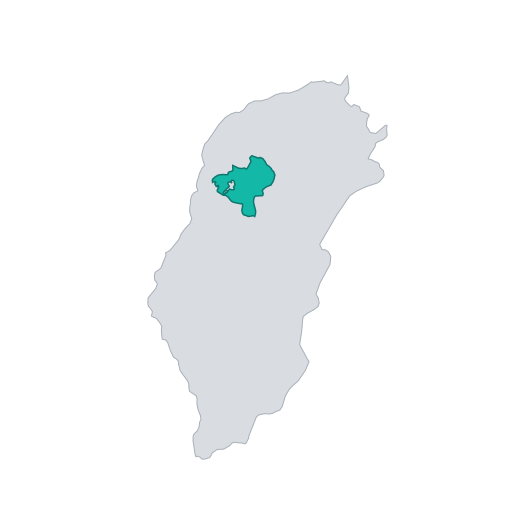 Tolna highlighted on a map of Hungary, rotated 123°
{"feature_id": "HUN-3165", "entity_name": "Tolna", "entity_type": "County", "adm_level": 1, "iso_a3": "HUN", "parent_name": "Hungary", "parent_adm1": "", "projection": "robinson", "projection_center": [18.659, 46.474], "detail": "fine", "context": "in_parent", "style": "filled", "palette": "teal", "viewbox_px": 512, "rotation_deg": 123, "n_neighbors": 0, "source": "natural_earth", "source_scale": "10m", "svg_char_len": 4558}
<svg xmlns="http://www.w3.org/2000/svg" viewBox="0 0 512 512"><g transform="rotate(123 256 256)"><path d="M412.4,163.0L418.0,162.4L418.3,162.5L419.6,162.9L420.6,166.3L420.8,166.5L422.2,168.8L423.5,171.8L425.5,174.1L429.9,175.0L435.6,177.9L439.4,183.2L445.0,185.4L445.4,185.4L446.5,185.2L450.5,185.0L451.3,186.0L454.5,188.6L455.8,190.9L455.2,193.3L455.8,196.1L457.1,197.0L455.7,198.9L445.5,208.0L441.5,210.5L438.8,211.0L434.6,210.0L430.2,210.7L426.3,212.7L422.7,213.3L420.1,215.7L416.6,220.7L412.4,224.9L408.0,227.5L405.8,229.9L405.7,238.0L403.3,240.3L400.0,242.7L398.3,244.8L393.5,257.1L389.8,261.1L386.3,264.1L385.7,266.9L385.8,270.1L381.9,276.4L376.6,283.0L375.6,285.7L376.9,289.3L371.8,293.5L368.8,295.5L366.4,296.5L364.9,299.1L362.5,305.5L363.2,308.4L363.3,311.0L359.0,312.6L357.7,315.5L356.7,319.0L354.9,320.7L350.0,323.7L337.9,322.4L333.3,323.4L332.0,325.5L331.7,327.2L330.2,328.8L327.4,330.8L324.6,331.7L318.3,329.2L304.7,331.8L302.4,333.6L300.5,332.3L297.6,331.1L284.0,329.7L278.6,330.8L271.4,330.4L264.8,329.1L259.8,330.1L255.5,335.2L253.3,336.9L251.6,337.9L247.9,339.5L244.8,341.4L240.6,342.8L236.9,342.6L233.3,340.4L232.1,340.9L231.0,342.9L229.1,344.6L223.8,346.7L222.5,346.7L222.1,346.7L218.1,348.3L211.5,349.1L208.1,348.5L202.0,355.5L200.2,356.8L194.4,358.9L189.7,360.0L185.6,359.1L184.0,359.1L166.0,358.7L156.6,357.2L150.6,354.5L146.6,351.4L144.7,348.1L140.0,346.0L132.7,345.3L127.0,341.9L122.9,336.0L117.4,331.2L110.4,327.7L104.9,322.8L100.9,316.4L93.6,310.7L83.0,305.6L79.8,304.5L79.2,302.9L74.1,296.6L71.9,294.2L72.1,291.1L71.1,289.3L69.2,288.1L68.3,283.5L67.7,280.2L66.3,278.0L54.9,277.5L64.5,269.5L69.3,267.2L74.7,267.6L76.5,266.9L77.0,265.7L77.9,263.1L78.4,260.6L78.9,258.3L78.4,257.0L75.7,256.5L74.5,250.8L75.9,248.6L77.3,247.1L75.7,240.1L76.2,237.7L80.5,237.3L84.0,235.8L86.9,234.1L87.8,232.0L90.2,227.6L88.0,222.2L75.8,218.6L75.1,217.3L78.0,215.8L81.1,213.6L82.9,211.9L85.3,211.6L88.6,212.5L94.5,216.4L96.8,217.0L99.0,215.8L101.3,215.6L107.9,215.7L113.4,214.8L112.2,210.7L112.2,207.6L111.3,205.2L111.9,202.6L114.2,200.5L114.9,195.8L118.3,192.7L120.0,192.2L126.0,192.8L127.5,193.6L128.4,193.8L138.0,201.5L147.1,207.2L154.6,210.2L165.6,210.4L177.3,210.7L196.9,209.7L211.6,208.9L212.5,207.5L214.7,204.0L213.0,201.1L213.1,197.6L215.6,193.1L222.8,189.3L243.5,187.7L255.4,184.9L257.2,181.1L261.1,177.3L264.7,176.5L269.7,178.3L275.7,181.6L280.9,183.4L284.0,182.2L294.4,176.6L306.5,171.2L314.7,156.3L315.6,154.0L324.6,152.3L337.7,152.6L344.5,154.5L349.6,155.5L357.2,155.2L368.1,152.0L372.2,152.1L375.3,154.4L378.8,156.3L381.2,158.7L383.0,162.0L384.0,163.3L385.5,165.0L388.3,167.4L391.0,168.0L411.2,163.9L412.4,163.0Z" fill="#d9dde1" stroke="#a8b0b8" stroke-width="1"/><path d="M207.8,289.5L208.8,289.0L210.0,288.7L212.5,287.2L218.3,280.9L220.9,279.4L223.6,278.6L223.6,279.6L223.7,280.2L224.0,280.7L225.1,281.7L225.3,282.0L225.5,282.2L226.5,283.4L226.7,283.7L227.1,284.0L227.2,284.8L227.3,285.7L227.4,286.3L228.0,287.9L228.1,289.0L227.8,290.0L226.9,291.4L225.2,292.9L221.2,294.5L219.6,296.0L220.7,297.7L222.5,302.2L223.3,304.6L223.4,306.8L222.0,310.9L221.6,313.5L221.8,314.7L222.7,316.2L222.9,317.1L223.0,323.4L222.0,324.3L218.6,324.9L217.6,325.5L217.4,325.9L217.5,326.3L218.2,326.6L218.9,326.4L219.3,327.3L218.1,329.6L217.2,330.1L216.3,329.7L215.8,330.4L216.6,331.9L217.9,332.5L216.7,333.6L215.3,334.2L212.1,333.4L209.1,332.0L207.2,330.1L205.4,327.7L203.9,324.9L202.9,323.9L201.7,324.6L200.5,324.6L197.5,322.1L196.1,322.3L195.0,323.3L192.7,324.8L191.8,318.4L190.6,315.8L188.4,313.5L188.5,312.3L188.3,311.4L186.5,311.1L179.4,311.6L178.4,313.2L177.2,314.6L175.7,314.5L174.2,314.1L172.5,307.0L171.2,306.4L170.6,303.4L171.8,299.9L173.6,296.9L173.7,294.0L174.2,291.3L175.4,289.0L175.5,287.8L175.9,286.7L176.8,285.7L177.5,284.5L178.0,284.1L178.7,284.0L181.4,282.9L184.5,282.2L187.6,282.2L188.1,282.0L192.2,284.9L194.7,285.9L197.1,286.3L197.9,286.2L198.6,285.4L199.4,284.3L200.6,283.5L201.8,283.4L206.0,289.1L207.8,289.5ZM214.3,314.8L213.9,313.4L213.6,312.2L212.5,310.7L211.1,310.9L210.6,312.3L209.1,312.5L208.0,312.2L207.1,313.3L205.8,314.2L205.2,315.3L205.0,316.3L205.4,317.1L206.0,317.8L207.3,317.1L207.5,316.5L207.9,316.5L208.0,317.5L208.2,318.6L209.0,319.1L210.2,319.5L211.2,318.2L211.7,317.0L212.3,316.2L213.7,316.7L215.1,317.1L216.5,317.3L218.0,317.6L219.4,318.0L220.8,317.9L221.3,317.1L221.3,316.4L220.8,315.8L220.0,316.0L219.2,316.3L219.2,315.6L218.9,315.2L218.5,315.0L218.0,314.8L217.5,315.3L217.2,315.6L217.2,315.8L216.9,315.6L216.6,315.3L216.3,315.0L216.3,314.8L214.3,314.8Z" fill="#14b8a6" stroke="#0f766e" stroke-width="1.5"/></g></svg>